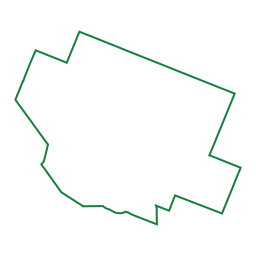 Mount Gambier, South Australia, Australia (Natural Earth projection)
{"feature_id": "25037944B55090185866802", "entity_name": "Mount Gambier", "entity_type": "district", "adm_level": 2, "iso_a3": "AUS", "parent_name": "Australia", "parent_adm1": "South Australia", "projection": "natural_earth1", "projection_center": [140.781, -37.825], "detail": "fine", "context": "isolated", "style": "outline", "palette": "green", "viewbox_px": 256, "rotation_deg": 0, "n_neighbors": 0, "source": "geoboundaries", "source_scale": "gbopen_adm2", "svg_char_len": 1202}
<svg xmlns="http://www.w3.org/2000/svg" viewBox="0 0 256 256"><path d="M41.3,164.3L47.4,172.8L61.4,192.3L82.3,205.7L82.6,206.3L89.9,206.2L102.9,206.1L105.9,208.3L109.5,209.5L113.8,211.9L115.6,212.7L120.6,213.3L123.5,212.7L123.8,212.5L125.0,211.7L126.9,212.3L127.0,212.1L128.9,212.8L130.3,213.8L131.0,214.2L136.7,216.5L156.9,224.3L156.7,212.0L156.7,208.3L156.0,205.6L156.9,206.0L160.6,207.4L169.1,210.7L172.9,201.0L175.0,195.7L175.1,195.4L192.6,202.2L205.5,207.1L222.0,213.5L228.1,198.6L228.5,197.5L234.1,183.9L234.2,183.5L234.4,182.9L240.5,168.1L240.6,167.7L209.8,155.4L209.4,155.3L211.3,150.7L213.9,144.5L215.7,140.1L218.2,133.8L221.8,125.2L221.9,124.9L222.0,124.6L228.6,108.5L234.7,93.6L218.0,87.0L203.5,81.2L195.6,78.1L174.8,69.8L172.6,68.9L172.2,68.7L155.3,62.0L150.8,60.2L148.3,59.2L140.4,56.1L124.9,49.9L110.5,44.1L107.1,42.8L103.0,41.1L79.4,31.7L66.9,62.4L66.8,62.5L66.7,62.8L66.4,62.6L51.2,56.5L35.7,50.4L32.2,58.4L31.2,60.8L29.2,65.6L24.7,76.9L23.3,81.1L23.0,81.0L16.6,96.7L15.4,99.8L27.7,116.7L28.1,117.2L35.4,127.3L38.6,131.7L40.3,134.1L43.0,137.7L43.2,138.1L47.3,143.6L48.0,144.4L47.7,145.7L46.2,152.0L44.1,160.3L43.3,162.2L41.3,164.3Z" fill="none" stroke="#15803d" stroke-width="2"/></svg>